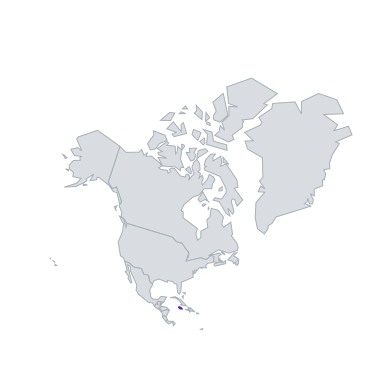 Jamaica highlighted on a map of North America, rotated 18°
{"feature_id": "JAM", "entity_name": "Jamaica", "entity_type": "country or territory", "adm_level": 0, "iso_a3": "JAM", "parent_name": "North America", "parent_adm1": "", "projection": "mercator", "projection_center": [-77.28, 18.119], "detail": "fine", "context": "in_parent", "style": "filled", "palette": "violet", "viewbox_px": 384, "rotation_deg": 18, "n_neighbors": 17, "source": "natural_earth", "source_scale": "50m", "svg_char_len": 9314}
<svg xmlns="http://www.w3.org/2000/svg" viewBox="0 0 384 384"><g transform="rotate(18 192 192)"><path d="M139.9,242.0L135.3,238.3L132.2,237.2L131.5,233.1L127.0,227.6L127.9,222.8L118.6,210.5L115.3,213.4L109.3,208.8L109.3,170.8L116.9,174.7L129.4,170.5L131.0,167.0L135.0,171.9L137.3,168.6L137.5,172.3L142.3,170.4L152.8,174.6L155.0,177.0L152.7,179.2L155.7,180.2L161.7,178.9L163.5,181.5L165.3,179.3L163.6,177.4L164.7,175.8L168.1,175.1L176.0,180.4L181.1,179.8L180.9,177.0L182.4,176.2L185.0,177.7L185.0,181.9L188.2,173.9L184.4,168.9L184.5,163.3L186.5,159.4L190.5,162.7L192.8,168.4L191.3,170.8L194.4,171.8L194.4,176.6L196.6,173.0L198.7,176.0L198.2,179.4L199.8,182.3L202.8,175.2L202.9,170.0L207.8,171.0L210.0,173.4L208.9,178.2L209.8,182.7L202.5,185.1L199.8,192.4L194.1,196.9L188.2,206.7L187.4,213.3L189.9,213.8L191.4,219.2L208.4,225.1L208.6,230.5L212.3,236.2L214.5,232.5L212.5,226.5L218.0,220.9L214.7,213.8L216.7,210.3L215.4,201.7L222.6,201.2L229.7,206.2L230.2,213.3L233.0,215.7L238.2,208.7L243.6,219.6L242.9,221.5L250.4,226.6L253.1,230.5L253.2,233.6L245.9,238.8L235.1,238.8L227.2,247.5L237.4,241.4L238.9,242.6L237.3,244.4L238.4,248.9L240.6,250.1L243.3,249.8L245.0,247.0L246.2,249.7L236.9,255.3L235.6,255.1L235.5,253.2L238.4,251.2L233.9,251.6L232.8,246.9L230.3,245.9L226.5,251.9L220.8,251.9L208.1,259.6L206.9,258.9L208.6,255.3L207.9,251.1L198.1,243.8L192.6,244.2L187.2,241.0L139.9,242.0ZM205.5,201.2L206.7,199.5L209.0,199.5L207.0,202.3L205.5,201.2ZM212.6,154.5L210.8,149.3L218.5,154.4L214.9,154.1L212.6,154.5ZM212.8,204.2L212.3,201.4L213.4,202.3L212.8,204.2ZM189.2,141.3L188.3,143.8L183.8,141.6L187.1,136.8L189.2,141.3ZM188.8,123.2L184.9,122.9L184.5,120.7L187.9,120.8L188.8,123.2ZM180.8,112.0L185.9,115.9L183.0,120.6L180.8,112.0ZM212.5,141.6L191.2,142.2L188.8,132.2L183.3,129.0L192.6,128.8L196.7,137.1L210.3,136.4L212.5,141.6ZM157.0,119.0L161.8,119.4L155.6,121.5L157.0,119.0ZM159.1,112.2L162.2,114.4L157.3,116.0L159.1,112.2ZM253.3,235.9L251.3,239.9L256.9,241.3L256.4,243.2L257.6,242.8L258.3,245.7L257.6,247.9L255.7,247.5L255.6,245.2L253.7,247.3L252.2,245.5L247.1,245.5L250.4,237.5L253.3,235.9ZM202.3,188.5L209.6,195.5L212.0,196.5L206.9,195.0L202.9,199.0L200.0,197.2L202.3,188.5ZM210.9,158.7L215.9,154.8L231.1,166.8L234.2,173.3L231.1,175.5L242.8,183.8L239.3,191.5L234.6,185.8L232.4,186.3L232.2,188.7L238.0,197.7L237.5,200.4L231.1,196.4L235.5,203.1L230.9,201.7L220.9,192.8L214.6,193.2L215.7,190.3L222.4,189.7L224.6,182.0L223.5,178.5L213.9,168.5L197.5,167.3L196.1,165.5L197.9,163.2L195.5,163.2L195.0,157.7L198.0,150.2L202.4,148.7L201.1,152.5L202.4,156.0L208.3,149.0L211.2,155.0L210.9,158.7ZM185.2,150.8L191.2,146.8L194.5,148.3L186.2,158.7L185.2,150.8ZM139.9,133.6L146.2,123.3L151.1,122.2L149.6,130.6L139.9,133.6ZM122.7,230.1L124.9,228.1L124.4,231.3L125.9,233.5L122.7,230.1ZM169.2,108.2L177.1,112.7L179.0,120.1L169.7,116.3L171.4,113.7L169.2,108.2ZM138.8,243.2L135.2,242.4L130.6,237.4L135.0,238.6L138.8,243.2ZM136.4,145.7L148.9,146.3L152.3,150.6L146.1,156.1L144.0,162.3L139.5,164.8L134.7,159.7L138.1,149.4L136.4,145.7ZM162.3,128.7L168.8,138.0L157.8,144.9L155.1,143.0L158.6,140.1L148.6,139.7L152.5,131.0L163.2,138.0L160.8,131.4L162.3,128.7ZM164.3,152.9L169.4,155.3L170.9,164.4L176.6,171.4L173.9,171.8L174.4,175.3L168.4,173.3L156.0,176.4L149.2,169.6L157.5,167.6L148.3,166.7L147.4,164.8L151.3,162.7L145.7,161.4L152.8,151.6L154.6,152.7L153.7,155.4L161.7,153.6L164.7,160.9L165.5,158.6L164.3,152.9ZM177.7,155.1L175.9,151.3L182.9,148.9L181.7,153.5L184.3,155.9L184.0,160.8L181.2,162.9L174.2,156.2L177.7,155.1ZM167.3,149.9L169.6,149.6L170.9,150.9L169.4,154.8L167.3,149.9ZM174.1,132.0L182.3,132.6L181.6,141.1L174.2,137.4L174.1,132.0ZM184.0,100.1L191.3,88.6L202.4,107.9L196.9,117.0L190.5,116.6L188.7,113.1L190.0,107.5L184.0,100.1ZM192.6,81.3L213.4,65.3L242.8,72.1L233.0,85.9L236.7,85.8L227.1,103.6L217.4,108.0L219.7,109.2L218.6,110.8L220.0,115.0L212.6,125.6L215.7,128.8L211.2,133.2L196.2,131.1L199.1,125.8L198.3,120.2L203.8,123.1L198.8,116.3L203.6,107.8L200.5,99.2L209.1,97.0L199.4,96.5L192.6,81.3ZM220.3,181.3L217.3,182.8L216.8,180.6L219.1,177.5L220.3,181.3ZM181.5,168.7L185.8,173.7L184.8,175.3L178.8,172.3L181.5,168.7ZM238.3,239.7L241.1,240.2L242.9,241.7L239.9,241.0L238.3,239.7ZM239.1,246.9L239.7,248.1L242.5,248.4L241.1,249.6L238.9,248.5L239.1,246.9Z" fill="#d9dde1" stroke="#a8b0b8" stroke-width="1"/><path d="M139.9,242.0L187.2,241.0L192.6,244.2L198.1,243.8L207.9,251.1L207.6,259.6L220.8,251.9L226.5,251.9L230.3,245.9L232.8,246.9L234.2,252.3L228.9,255.0L227.7,258.1L229.1,259.7L222.8,261.3L225.8,261.3L222.4,261.7L220.8,265.6L219.7,264.4L220.5,266.8L219.0,269.3L218.3,265.2L218.4,267.5L217.3,267.2L219.4,272.8L209.9,281.1L212.1,290.0L211.5,293.1L209.3,291.9L205.9,284.1L203.6,284.7L201.4,283.2L196.0,283.7L196.3,285.6L187.4,285.0L183.3,288.1L182.6,291.9L180.1,290.9L176.8,285.2L171.8,285.4L167.5,280.5L159.9,281.4L153.6,278.6L149.6,279.0L147.2,276.0L143.7,274.8L137.3,262.6L138.2,250.6L136.8,244.1L139.5,244.4L140.4,246.8L139.9,242.0ZM109.3,170.8L109.3,208.8L115.3,213.4L118.6,210.5L127.9,222.8L127.0,226.1L121.0,216.0L116.7,215.7L111.2,211.4L99.0,206.8L97.1,207.5L97.5,209.9L91.3,212.6L93.1,205.4L87.4,212.0L88.6,213.6L87.0,215.9L79.9,222.6L69.0,226.8L79.5,219.4L82.3,213.4L74.0,214.2L73.0,209.8L68.3,208.1L67.0,204.6L67.6,202.6L69.6,198.6L76.0,196.3L74.7,193.9L76.0,192.3L68.9,193.7L63.6,188.8L69.7,185.0L74.5,186.9L65.9,177.2L66.8,174.7L83.1,162.5L109.3,170.8ZM57.5,196.2L59.6,196.6L62.6,198.1L61.2,199.3L57.5,196.2ZM83.9,303.1L86.0,303.5L84.6,304.5L83.9,303.1ZM83.0,300.8L83.3,301.6L82.8,300.9L83.0,300.8ZM81.9,300.4L82.7,300.7L81.8,300.6L81.9,300.4ZM80.4,300.2L81.2,300.2L81.2,300.3L80.4,300.2ZM78.0,298.6L78.2,299.2L77.6,298.9L78.0,298.6ZM64.7,209.1L67.7,208.8L67.9,210.1L64.7,209.1ZM86.3,218.1L90.5,217.6L86.5,219.5L86.3,218.1Z" fill="#d9dde1" stroke="#a8b0b8" stroke-width="1"/><path d="M226.2,303.1L226.2,306.1L221.5,305.6L225.1,305.0L223.7,302.8L226.2,303.1Z" fill="#d9dde1" stroke="#a8b0b8" stroke-width="1"/><path d="M226.7,306.9L226.4,302.8L231.9,305.1L227.9,305.4L226.7,306.9Z" fill="#d9dde1" stroke="#a8b0b8" stroke-width="1"/><path d="M214.0,290.8L215.8,290.0L215.9,290.5L214.0,290.8ZM215.9,289.6L217.2,290.5L217.0,291.8L216.7,290.6L215.9,289.6ZM214.9,294.3L215.7,293.2L216.3,295.8L214.9,294.3Z" fill="#d9dde1" stroke="#a8b0b8" stroke-width="1"/><path d="M268.2,72.1L282.0,59.2L301.4,59.6L311.9,70.8L293.3,77.6L309.9,83.2L308.0,89.8L320.5,81.1L326.5,88.2L313.3,99.9L317.2,100.4L313.9,113.1L313.9,122.3L315.9,127.3L310.5,129.9L313.6,133.7L314.0,139.5L312.2,140.1L314.4,145.6L307.3,151.6L309.5,158.0L305.3,157.2L309.8,161.9L310.4,166.0L307.4,167.0L304.0,162.1L304.6,165.6L302.6,168.3L309.4,168.7L279.9,189.6L277.6,197.4L274.9,200.4L275.6,203.2L273.9,209.5L265.7,206.9L260.0,196.8L256.1,182.4L261.3,169.7L254.9,171.3L255.4,165.2L260.4,166.5L252.9,160.9L254.8,155.8L248.3,137.7L231.6,134.0L226.7,127.1L234.5,124.3L223.5,119.0L236.3,107.4L236.9,104.0L232.4,100.5L242.1,87.9L241.4,82.8L262.1,74.5L272.0,84.0L268.2,72.1Z" fill="#d9dde1" stroke="#a8b0b8" stroke-width="1"/><path d="M149.6,279.0L153.6,278.6L159.9,281.4L167.5,280.5L171.8,285.4L175.7,284.4L180.1,290.9L183.3,291.9L182.0,298.2L185.4,304.7L187.9,305.9L192.9,304.6L194.9,300.8L200.3,299.8L199.0,305.7L193.6,306.5L192.9,307.5L194.5,309.6L192.4,309.6L191.6,312.3L188.8,309.8L184.3,310.3L172.6,305.7L169.2,302.7L168.3,297.6L157.8,286.0L156.3,281.7L153.3,281.2L162.6,296.5L161.8,297.5L157.9,294.0L157.7,291.6L153.1,288.4L154.6,286.7L149.6,279.0Z" fill="#d9dde1" stroke="#a8b0b8" stroke-width="1"/><path d="M216.6,322.4L215.8,324.8L213.7,321.8L210.7,324.8L207.4,323.4L207.2,321.0L209.8,322.2L213.8,320.9L216.6,322.4Z" fill="#d9dde1" stroke="#a8b0b8" stroke-width="1"/><path d="M207.9,320.8L207.2,323.1L202.6,320.2L202.2,318.6L206.0,318.5L207.9,320.8Z" fill="#d9dde1" stroke="#a8b0b8" stroke-width="1"/><path d="M206.0,318.5L202.6,318.2L199.3,315.1L203.9,311.8L206.9,311.5L206.0,318.5Z" fill="#d9dde1" stroke="#a8b0b8" stroke-width="1"/><path d="M206.9,311.5L203.9,311.8L199.8,315.0L196.4,312.5L198.9,309.9L203.8,309.7L206.9,311.5Z" fill="#d9dde1" stroke="#a8b0b8" stroke-width="1"/><path d="M196.4,312.5L199.2,313.6L198.9,314.7L195.2,313.7L196.4,312.5Z" fill="#d9dde1" stroke="#a8b0b8" stroke-width="1"/><path d="M191.6,312.3L192.4,309.6L194.5,309.6L192.9,307.5L193.6,306.5L196.8,306.5L196.6,309.9L198.3,310.2L196.4,312.5L195.2,313.7L191.6,312.3Z" fill="#d9dde1" stroke="#a8b0b8" stroke-width="1"/><path d="M196.8,306.5L198.5,305.6L197.1,309.9L196.6,309.9L196.8,306.5Z" fill="#d9dde1" stroke="#a8b0b8" stroke-width="1"/><path d="M233.9,305.3L236.5,305.8L233.8,306.3L233.9,305.3Z" fill="#d9dde1" stroke="#a8b0b8" stroke-width="1"/><path d="M208.4,296.8L215.0,298.1L222.0,302.1L216.0,302.9L217.1,301.9L214.3,299.7L209.2,297.8L203.8,299.2L208.4,296.8Z" fill="#d9dde1" stroke="#a8b0b8" stroke-width="1"/><path d="M242.6,319.9L244.4,318.6L244.3,319.9L242.6,319.9Z" fill="#d9dde1" stroke="#a8b0b8" stroke-width="1"/><path d="M216.8,305.4L217.0,305.4L217.2,305.5L217.3,305.5L217.6,305.6L218.3,305.9L218.5,306.2L218.6,306.3L218.4,306.4L218.2,306.4L217.9,306.3L217.6,306.3L217.7,306.2L217.4,306.3L217.2,306.4L216.9,306.7L216.6,306.5L216.5,306.4L216.1,306.4L215.9,306.4L215.8,306.2L215.6,306.1L215.5,305.9L215.4,305.8L215.1,305.8L215.0,305.7L215.1,305.4L215.4,305.4L215.6,305.3L215.8,305.2L216.5,305.3L216.8,305.4Z" fill="#8b5cf6" stroke="#5b21b6" stroke-width="1.5"/></g></svg>